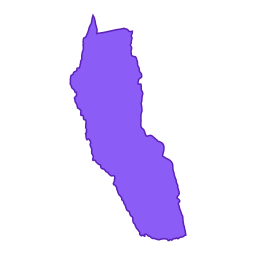 outline of Pandi, Cundinamarca, Colombia, rotated 180°
{"feature_id": "7082276B83110653557136", "entity_name": "Pandi", "entity_type": "district", "adm_level": 2, "iso_a3": "COL", "parent_name": "Colombia", "parent_adm1": "Cundinamarca", "projection": "equal_earth", "projection_center": [-74.479, 4.177], "detail": "fine", "context": "isolated", "style": "filled", "palette": "violet", "viewbox_px": 256, "rotation_deg": 180, "n_neighbors": 0, "source": "geoboundaries", "source_scale": "gbopen_adm2", "svg_char_len": 5785}
<svg xmlns="http://www.w3.org/2000/svg" viewBox="0 0 256 256"><g transform="rotate(180 128 128)"><path d="M163.0,240.6L163.6,238.7L164.7,232.8L165.2,231.5L165.7,230.9L166.8,228.4L167.3,226.6L167.6,225.1L168.3,223.6L168.6,222.6L170.0,219.3L170.3,219.0L171.5,218.2L172.1,218.0L172.5,217.4L172.7,216.0L172.9,213.6L172.8,213.0L172.6,212.5L172.6,211.8L173.0,211.2L173.0,210.6L172.8,210.3L172.6,209.3L172.7,208.2L172.6,206.8L173.8,203.4L173.8,202.6L174.2,201.0L174.2,197.3L174.3,196.7L175.3,194.9L175.4,194.5L175.3,193.3L175.9,191.6L175.8,190.7L176.0,190.0L176.6,188.5L176.8,188.2L178.8,187.8L178.9,187.6L179.2,187.1L179.1,186.4L179.3,185.4L180.7,184.5L182.2,183.8L182.4,183.6L182.5,182.9L183.0,181.7L184.9,180.5L185.2,179.9L185.4,178.4L185.6,177.4L185.6,176.3L185.7,175.4L185.5,174.8L185.5,174.4L185.8,173.1L185.7,171.8L185.5,171.4L185.2,170.9L184.7,170.6L184.5,170.2L184.6,169.3L184.4,168.5L184.1,168.1L183.0,167.2L181.6,165.7L181.4,165.2L181.2,164.8L181.2,164.5L180.9,163.8L180.8,163.7L180.2,163.9L179.8,163.8L179.6,163.4L179.6,162.6L179.5,161.9L179.6,160.9L179.5,160.4L180.5,159.3L181.1,158.8L181.5,158.2L181.5,157.5L181.1,156.3L181.0,155.9L181.0,155.2L180.7,154.0L180.2,153.1L179.7,152.6L178.9,150.8L178.8,149.6L178.6,149.2L178.5,148.1L177.3,147.5L176.5,146.9L176.1,146.4L175.5,146.0L175.1,145.3L175.0,144.6L175.1,144.4L175.3,141.9L175.2,141.1L175.0,140.6L174.7,140.5L173.7,140.6L173.1,140.5L172.7,139.9L172.6,138.6L172.6,137.6L172.3,136.8L171.7,136.2L170.7,136.2L170.3,135.9L170.2,135.4L169.9,134.1L169.9,133.6L170.1,132.4L170.2,131.5L170.3,128.7L170.0,127.7L169.3,126.4L169.7,124.7L169.4,124.0L169.5,123.6L169.7,123.3L170.3,122.8L170.5,122.4L170.2,121.8L170.2,121.2L170.0,120.8L169.9,118.8L169.8,118.0L169.2,116.3L168.4,116.4L167.7,117.0L167.1,116.8L166.6,116.3L165.7,114.9L165.4,113.6L165.3,112.6L165.8,112.1L165.9,111.8L165.8,110.7L165.5,110.0L164.4,107.2L164.1,105.7L164.3,105.3L164.4,104.6L164.2,102.4L163.2,100.9L162.9,100.2L162.7,99.6L162.9,98.3L163.3,96.7L163.3,96.3L163.1,95.7L162.8,95.5L162.0,95.8L161.2,95.8L160.9,95.6L160.5,95.2L160.1,94.4L159.7,93.7L158.4,92.6L157.5,91.7L156.8,91.5L156.1,91.2L155.6,91.2L155.4,90.7L155.2,88.7L154.9,88.1L153.9,87.3L153.4,87.1L153.1,87.0L152.3,87.1L150.8,85.6L150.3,84.8L150.0,84.4L149.3,84.0L148.4,83.7L146.8,81.7L145.5,80.5L144.4,80.1L142.9,80.3L142.2,80.2L141.8,80.1L141.5,79.7L141.3,79.4L141.2,78.8L141.3,77.2L141.6,76.3L141.6,74.9L142.6,72.6L142.7,72.2L142.5,71.7L142.1,71.2L141.6,71.3L141.4,71.2L139.8,69.3L139.4,68.3L139.1,66.6L138.4,64.8L138.3,64.2L137.2,61.6L136.5,60.7L136.1,60.5L135.6,60.0L135.3,59.3L134.7,58.8L134.3,58.1L134.2,57.8L134.2,56.2L133.0,55.6L132.7,54.6L132.2,53.8L132.0,52.8L132.0,52.5L131.8,52.1L131.0,51.3L130.5,49.7L129.4,46.4L129.2,46.0L128.9,45.7L128.5,45.6L128.1,45.0L127.2,44.8L126.7,44.4L126.6,43.6L125.7,40.8L124.9,39.9L123.7,39.2L123.5,38.7L123.2,37.5L123.1,35.9L123.1,35.1L122.7,33.5L122.3,32.9L121.6,32.2L121.3,32.0L120.9,31.3L120.8,30.4L120.1,29.1L119.8,28.2L118.6,26.8L117.8,25.9L117.4,25.1L116.7,24.4L116.2,23.6L116.2,23.2L116.4,22.4L116.4,21.9L115.9,21.2L115.5,21.0L115.0,20.3L114.3,20.3L113.8,20.9L113.2,20.8L112.3,20.5L111.7,19.8L111.3,19.8L111.2,19.8L111.1,20.1L111.3,20.7L111.3,21.3L110.7,21.9L110.1,21.9L109.0,21.3L107.8,20.0L107.4,19.9L106.5,19.8L106.0,19.6L104.9,18.4L103.4,17.5L101.4,17.6L100.6,17.0L99.5,17.0L98.9,16.6L97.9,16.3L96.6,16.3L94.8,16.9L93.4,17.0L92.7,17.3L91.8,17.3L91.3,17.1L89.7,17.1L88.7,16.6L87.8,15.5L87.1,15.4L86.9,15.5L86.5,16.0L86.1,16.4L85.4,16.4L84.7,15.9L84.2,15.9L83.1,16.7L82.5,17.4L82.1,17.5L81.1,17.3L80.4,17.4L79.6,18.1L79.1,18.1L78.6,17.4L77.9,17.3L77.0,17.8L76.3,18.6L75.9,18.8L74.6,18.8L74.1,19.1L73.2,19.2L72.2,19.7L71.3,20.7L71.0,20.9L70.2,20.9L70.2,21.5L70.4,22.2L70.8,24.8L71.0,26.0L71.3,26.7L71.6,28.4L71.8,29.7L72.4,31.0L72.5,32.4L72.8,33.8L73.1,36.4L73.2,39.0L73.3,39.5L73.5,40.1L74.2,41.4L74.9,43.4L75.7,45.8L76.1,46.6L76.4,47.4L76.9,50.0L77.6,51.8L77.6,52.6L77.5,53.0L76.9,53.6L76.4,54.3L76.3,54.9L76.3,55.3L76.8,56.1L77.1,56.5L78.6,57.7L79.1,58.2L78.7,59.3L77.4,61.0L76.8,62.2L76.9,64.1L77.7,66.6L77.8,67.2L78.4,68.9L78.2,70.5L79.1,72.4L79.5,73.5L79.7,74.1L79.9,76.0L80.9,78.4L81.6,80.6L82.3,84.0L82.8,85.3L83.1,87.2L83.3,91.0L83.5,92.0L83.7,92.7L84.6,94.2L86.0,95.6L88.0,96.9L90.2,97.8L91.2,98.7L92.9,99.4L93.4,100.2L93.3,101.3L92.4,104.6L92.1,106.8L92.0,108.5L92.3,110.4L92.5,110.9L93.1,112.1L94.1,113.1L96.4,114.3L98.3,114.9L99.3,116.2L100.3,116.9L100.9,117.5L104.0,120.1L104.8,120.5L105.8,120.7L108.6,119.9L109.2,119.8L109.7,120.2L110.3,121.2L110.7,121.9L111.6,124.8L112.3,126.3L112.6,126.7L113.7,127.5L114.4,128.3L114.8,128.9L115.0,129.6L115.1,130.3L115.2,131.8L115.0,135.6L115.1,137.8L115.1,140.2L114.9,142.2L114.1,144.8L114.0,145.8L114.2,147.6L114.3,149.7L114.9,152.4L114.8,152.9L114.2,154.9L114.1,157.2L113.9,159.3L113.2,162.2L113.2,162.7L113.5,164.0L114.1,165.0L114.7,166.2L114.8,169.2L114.8,170.0L114.9,171.0L115.1,171.8L115.6,172.0L116.0,172.1L117.3,171.7L118.0,172.5L118.1,173.1L117.5,175.2L117.5,176.1L117.4,176.4L116.4,177.5L115.7,178.0L115.3,178.1L114.4,178.9L114.3,179.7L114.4,180.9L114.5,181.6L114.8,182.4L115.3,183.2L116.4,184.4L116.6,185.2L116.6,185.8L116.8,186.5L116.9,187.9L117.2,188.7L118.0,189.9L118.4,191.0L118.5,193.4L118.6,194.3L119.8,198.0L120.1,198.7L120.7,199.3L121.2,199.4L122.8,199.6L123.5,199.9L124.5,200.8L124.7,201.6L125.0,205.2L124.4,207.0L124.4,208.3L124.5,208.9L125.5,210.5L125.5,211.6L124.8,212.7L124.8,213.7L124.5,215.9L124.0,217.9L124.0,218.3L124.7,219.6L124.7,220.5L123.7,223.2L123.6,224.8L125.7,224.4L126.5,224.7L127.0,224.6L127.3,224.9L127.7,225.7L129.0,226.8L129.5,227.0L130.4,226.9L131.4,227.6L131.8,227.7L136.0,226.8L139.1,226.4L151.9,223.6L159.2,222.5L158.9,226.0L159.0,226.6L160.5,232.3L161.0,235.4L161.7,238.0L162.3,239.3L163.0,240.6Z" fill="#8b5cf6" stroke="#5b21b6" stroke-width="1.5"/></g></svg>